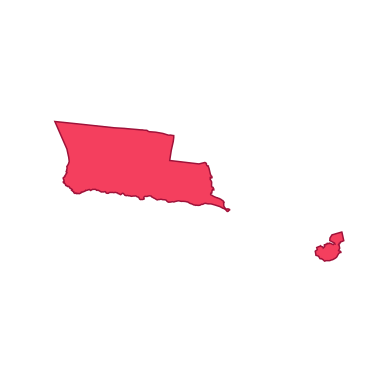 outline of Ásahreppur, Suðurland, Iceland, rotated 235°
{"feature_id": "244011B31453435550318", "entity_name": "Ásahreppur", "entity_type": "district", "adm_level": 2, "iso_a3": "ISL", "parent_name": "Iceland", "parent_adm1": "Suðurland", "projection": "albers", "projection_center": [-19.181, 64.281], "detail": "fine", "context": "isolated", "style": "filled", "palette": "rose", "viewbox_px": 384, "rotation_deg": 235, "n_neighbors": 0, "source": "geoboundaries", "source_scale": "gbopen_adm2", "svg_char_len": 5811}
<svg xmlns="http://www.w3.org/2000/svg" viewBox="0 0 384 384"><g transform="rotate(235 192 192)"><path d="M257.8,95.6L257.9,96.0L257.8,96.3L257.5,96.5L257.1,96.5L256.6,96.7L256.4,97.3L256.4,97.7L255.7,98.2L255.2,98.9L255.0,100.0L254.9,100.4L255.4,101.0L255.4,101.4L254.9,101.6L254.8,102.0L254.8,102.6L254.8,102.9L254.3,103.4L254.4,104.1L254.1,104.7L254.1,105.2L254.4,105.8L253.9,106.2L253.7,106.8L253.6,107.3L253.3,107.7L253.4,108.4L253.0,109.0L252.9,109.4L252.5,109.6L251.8,109.6L251.3,109.9L251.3,110.0L251.4,110.7L251.4,111.0L251.2,111.3L251.2,112.0L251.1,112.3L250.4,113.1L250.1,113.7L249.5,114.5L249.2,114.7L248.3,114.7L248.1,114.8L248.0,115.4L247.2,115.9L247.0,116.4L244.4,117.5L244.0,117.9L243.7,118.1L243.5,118.7L242.6,119.8L242.3,120.8L242.0,121.2L241.7,121.3L240.6,121.1L240.1,121.3L239.6,121.8L239.1,122.4L238.9,123.0L239.0,123.7L238.7,124.7L238.1,125.3L237.4,126.5L236.5,127.3L236.2,128.0L235.9,128.3L235.8,128.8L235.4,129.3L234.6,129.8L234.1,130.5L233.2,130.5L231.9,131.5L230.9,131.8L230.7,132.1L230.8,133.4L230.9,134.1L230.5,134.7L230.0,135.0L229.3,135.0L228.7,135.2L228.0,135.1L227.3,135.5L226.4,136.5L226.2,137.2L226.0,137.4L224.9,138.2L224.6,139.0L223.6,139.5L223.2,139.9L222.7,140.9L222.5,141.4L221.7,142.5L221.4,143.2L221.1,143.6L220.2,144.1L219.5,144.3L218.6,145.1L218.1,145.2L217.3,145.2L216.2,145.0L215.4,145.4L215.0,146.0L214.8,146.4L214.1,147.3L213.9,148.1L213.7,148.5L213.9,148.9L214.6,148.9L214.9,149.1L215.3,149.6L215.5,150.6L215.4,151.0L214.3,152.4L214.1,152.7L213.9,153.6L213.6,154.3L213.5,154.7L213.4,154.9L212.1,156.2L211.0,156.2L210.7,156.5L209.0,157.2L207.7,158.0L207.0,158.2L205.5,158.9L205.4,159.1L205.2,160.0L204.6,160.8L204.0,162.2L203.2,163.1L202.5,163.6L201.2,165.3L200.5,165.9L199.8,166.2L198.7,166.2L197.4,166.7L197.0,167.1L195.8,169.1L195.6,169.9L195.3,170.4L194.2,171.5L194.0,172.4L193.5,173.6L193.1,174.7L192.6,175.8L192.0,176.5L191.0,177.3L190.5,177.8L189.6,179.2L187.8,181.4L187.3,181.7L187.0,182.1L186.4,182.7L183.5,184.0L182.7,184.8L182.1,185.1L181.5,185.5L180.6,185.9L179.9,186.5L179.6,187.0L178.9,187.4L178.7,187.9L178.6,188.2L177.7,189.1L176.9,190.3L176.6,191.0L176.5,191.9L176.5,192.6L176.0,193.3L175.7,193.9L175.6,195.2L175.2,196.2L174.6,197.0L173.7,197.7L173.0,198.5L171.7,200.3L171.2,200.9L168.1,203.4L164.0,206.5L162.6,207.2L161.1,207.9L160.2,208.6L159.1,209.1L158.2,209.4L156.4,209.6L155.9,209.7L155.6,210.1L155.5,210.4L155.5,210.7L155.8,211.9L155.7,212.8L155.6,213.1L155.8,212.9L157.1,212.2L157.6,211.7L158.5,210.1L159.3,209.9L161.4,209.9L162.1,210.0L162.8,210.3L163.7,210.9L164.2,211.3L165.1,211.6L165.1,211.8L165.0,212.2L165.2,212.4L167.4,212.3L168.0,211.9L169.6,211.4L170.2,211.0L170.8,210.8L171.6,210.1L172.7,209.5L173.1,209.0L176.0,207.2L177.9,206.4L178.9,205.8L179.1,205.8L179.7,206.1L180.3,207.0L180.3,207.3L179.9,207.5L180.3,207.9L180.5,208.4L181.4,208.8L181.5,208.9L181.5,209.3L182.2,210.2L182.1,210.4L182.0,210.6L181.5,210.6L181.2,211.1L182.1,211.6L182.5,211.7L183.3,211.6L183.4,211.8L183.6,211.9L183.9,211.6L184.4,211.5L184.8,211.2L185.2,211.2L186.3,211.9L188.3,213.4L188.9,213.8L189.7,214.0L191.7,214.1L192.2,214.3L192.5,214.8L193.2,215.0L193.4,215.3L192.5,215.8L192.2,216.4L192.5,216.8L193.5,217.2L194.4,216.9L195.1,217.1L196.1,217.3L201.6,219.5L203.3,219.9L203.9,220.3L204.2,220.1L204.1,219.9L204.3,219.6L204.8,219.6L205.2,219.4L206.1,219.5L206.8,220.0L207.4,220.1L207.5,219.9L208.2,219.8L208.8,219.5L211.0,213.8L224.1,199.1L230.6,191.8L238.1,199.0L244.2,205.7L247.1,208.3L248.7,209.4L249.2,208.8L251.1,206.9L251.5,206.1L252.2,205.2L256.6,201.8L261.9,196.5L265.9,191.6L266.8,191.0L268.4,190.4L270.2,188.1L271.3,187.0L272.4,185.5L274.3,183.3L280.9,175.4L282.8,173.2L289.3,165.0L311.5,139.6L328.4,120.1L299.0,114.2L291.1,110.9L288.3,109.4L287.3,108.8L285.7,106.6L284.6,104.0L283.8,103.7L282.8,103.0L282.0,102.0L281.6,101.9L281.1,101.4L281.2,100.9L280.9,100.6L280.5,100.5L279.9,100.7L279.5,100.6L279.3,99.5L279.1,99.4L279.0,99.1L278.7,98.8L278.6,98.3L278.4,98.0L278.4,97.7L278.1,97.3L278.1,96.9L277.8,96.7L277.5,96.7L277.4,96.4L277.4,96.2L277.6,95.7L277.5,95.3L277.6,94.9L277.2,94.7L277.0,94.3L276.9,94.2L276.0,94.0L275.1,94.3L275.3,94.1L275.3,93.9L275.0,93.7L274.6,93.7L274.2,93.3L274.2,92.9L274.3,92.6L274.2,92.5L273.3,93.0L273.1,92.9L273.2,92.5L273.2,92.2L272.7,92.4L272.3,92.3L271.8,92.6L270.7,92.8L269.9,92.3L269.6,92.4L269.0,93.1L268.3,93.0L267.8,93.3L267.6,93.5L267.5,94.0L267.3,94.2L266.9,94.1L266.5,94.4L265.6,94.4L265.4,94.2L265.0,94.4L264.6,94.4L264.3,94.8L264.1,94.9L262.7,95.3L262.6,94.9L262.6,94.4L260.7,94.8L260.2,95.3L259.9,95.1L259.6,95.0L259.3,94.8L259.1,94.8L258.1,95.2L257.8,95.6ZM57.1,279.3L57.4,279.5L57.6,279.4L58.1,279.6L58.4,279.5L59.0,279.0L59.3,278.8L59.9,278.4L61.2,280.7L61.3,280.8L64.1,282.0L64.6,281.7L65.0,281.9L65.0,282.1L65.0,282.3L65.1,282.5L65.1,282.9L65.0,283.0L65.0,283.3L65.5,283.5L65.4,283.9L65.4,284.3L65.5,284.5L65.6,284.9L65.9,285.1L65.2,287.3L65.3,287.7L65.1,288.4L73.2,291.8L73.4,291.5L76.6,282.1L75.2,278.7L73.2,277.0L68.4,279.5L67.7,279.3L68.0,279.1L67.9,277.5L71.2,275.5L71.2,275.4L71.2,275.1L71.1,274.9L71.1,274.7L71.6,274.3L71.8,274.1L71.7,274.0L71.7,273.8L71.8,273.8L71.8,273.6L71.9,273.4L72.3,273.2L72.2,273.0L72.1,272.7L72.4,271.9L72.1,271.6L72.3,271.4L72.4,270.9L72.8,270.3L72.8,270.0L72.7,269.9L71.9,269.8L71.1,269.3L70.9,267.5L71.1,267.6L71.7,267.5L71.9,267.6L73.2,266.7L73.4,266.7L73.5,266.6L73.9,266.5L73.8,266.4L73.9,266.1L74.2,265.9L75.0,262.3L72.9,261.6L72.8,259.0L69.0,257.2L68.0,258.1L67.2,258.6L66.1,258.8L64.0,258.6L63.7,258.8L63.2,259.8L63.0,260.0L62.3,260.0L61.3,260.6L59.9,260.8L59.3,261.0L59.2,261.2L59.1,261.6L59.1,262.1L58.2,263.4L56.9,265.2L56.5,266.4L56.4,267.2L55.9,268.3L55.8,268.8L55.8,269.4L55.6,270.5L55.6,272.1L55.7,273.1L56.2,274.2L56.9,275.6L57.4,276.7L57.5,277.3L57.5,278.1L57.4,278.7L57.1,279.3Z" fill="#f43f5e" stroke="#9f1239" stroke-width="1.5"/></g></svg>